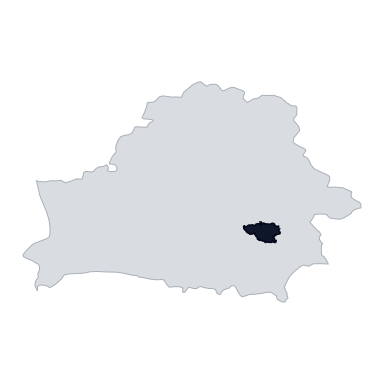 Zhlobin, Gomel, Belarus shown in context
{"feature_id": "67162791B87321103764300", "entity_name": "Zhlobin", "entity_type": "district", "adm_level": 2, "iso_a3": "BLR", "parent_name": "Belarus", "parent_adm1": "Gomel", "projection": "natural_earth1", "projection_center": [29.946, 52.8], "detail": "fine", "context": "in_parent", "style": "filled", "palette": "ink", "viewbox_px": 384, "rotation_deg": 0, "n_neighbors": 0, "source": "geoboundaries", "source_scale": "gbopen_adm2", "svg_char_len": 8220}
<svg xmlns="http://www.w3.org/2000/svg" viewBox="0 0 384 384"><path d="M328.1,264.0L321.3,263.7L313.3,263.8L308.7,266.3L303.8,265.1L300.3,266.5L292.3,273.4L289.2,277.1L286.2,282.8L284.4,287.0L285.4,290.0L286.9,292.7L287.2,295.7L288.0,298.0L286.0,299.7L284.9,302.2L281.5,301.7L277.3,299.4L276.4,296.0L273.2,293.7L271.1,292.4L267.7,292.2L262.2,293.3L254.9,294.2L249.5,294.4L246.5,295.6L242.1,296.8L240.4,295.4L237.9,291.6L236.0,287.7L234.6,286.1L233.4,285.6L231.9,285.7L230.2,286.9L228.9,288.1L224.4,289.6L222.3,291.0L220.1,294.5L218.6,294.2L217.1,293.4L215.4,289.5L213.0,288.6L209.2,288.5L204.5,287.7L200.6,286.5L199.2,286.8L196.9,288.5L194.4,288.7L189.0,287.2L188.0,287.9L184.8,292.2L183.3,292.4L182.5,291.9L183.0,288.1L179.9,286.8L174.5,286.6L170.8,287.1L169.0,287.0L168.1,286.2L163.6,279.9L161.2,279.5L156.8,279.8L150.5,279.1L143.1,277.6L139.1,277.1L137.0,275.7L132.5,275.2L120.4,272.6L115.4,272.1L108.1,272.0L97.0,271.5L89.8,271.8L86.5,272.7L82.7,273.2L69.4,273.9L64.7,274.7L63.3,276.0L61.6,278.9L56.0,283.9L50.6,287.3L49.7,287.5L46.6,285.8L44.0,285.2L41.0,285.0L38.9,285.5L37.5,286.4L37.5,290.3L37.2,290.6L35.0,286.0L35.3,281.8L36.7,279.4L38.4,277.3L37.8,274.1L39.5,269.8L39.6,266.8L39.0,265.4L37.8,263.9L34.4,262.2L32.9,260.9L28.3,259.1L23.8,256.9L23.0,255.6L23.3,254.6L24.1,253.2L27.8,249.1L31.8,245.1L34.2,243.5L47.3,238.4L49.4,236.6L50.0,233.6L50.0,227.5L49.3,221.9L48.5,218.1L46.2,210.9L40.0,196.0L36.5,180.7L39.1,181.6L45.2,181.9L50.1,180.9L52.6,180.7L54.9,181.0L61.3,180.2L62.9,181.6L65.7,182.8L71.4,181.0L76.4,178.9L81.6,179.1L82.4,178.0L83.8,172.6L85.4,171.4L91.5,172.0L93.9,171.0L96.3,168.3L100.0,166.6L103.1,166.6L106.3,164.8L107.8,166.0L108.5,168.3L107.4,170.1L107.9,170.8L110.0,171.6L113.8,171.6L116.2,170.9L116.8,169.9L116.9,168.0L116.3,166.3L114.7,164.8L111.8,164.0L109.7,164.0L109.3,163.0L110.1,161.0L112.0,157.2L114.4,153.8L115.8,152.6L116.1,151.4L115.8,149.3L115.9,145.7L118.0,140.5L120.8,136.6L124.5,135.4L129.0,134.7L131.9,132.9L133.4,130.7L134.7,127.4L136.1,126.8L146.9,127.2L148.6,123.9L149.5,122.9L151.6,122.0L153.1,120.8L152.6,119.9L149.8,119.3L143.4,118.8L142.1,117.7L142.5,116.4L144.3,112.9L146.0,108.6L146.9,105.2L147.1,103.1L148.0,102.6L153.3,102.0L155.0,101.3L159.6,96.7L163.1,95.9L172.0,97.1L176.1,97.0L181.3,97.3L181.7,96.8L183.6,92.3L192.5,84.9L197.2,82.4L200.2,81.8L201.2,82.0L205.9,85.8L207.0,86.0L210.2,84.4L215.6,84.2L218.1,85.6L221.7,90.3L223.6,90.9L228.9,88.2L231.8,87.4L233.7,87.4L243.7,91.1L244.4,92.2L244.5,93.6L242.9,97.9L245.0,100.6L247.4,102.4L252.5,99.4L254.4,98.6L256.5,98.6L259.2,97.5L261.2,95.8L263.2,95.2L266.8,95.6L273.5,95.2L281.2,97.8L281.9,98.6L285.7,101.7L287.1,103.2L288.4,103.7L290.4,105.2L293.2,106.1L295.1,105.8L296.0,106.3L296.9,107.5L296.9,109.5L296.7,115.2L293.9,118.2L293.6,119.3L293.7,120.5L295.9,123.0L298.8,126.8L299.5,129.1L299.5,130.7L295.6,135.7L294.3,136.8L293.5,139.2L293.0,141.7L293.3,142.7L299.8,146.6L304.6,148.8L305.7,149.8L305.8,150.5L303.2,154.7L303.0,155.8L306.9,157.6L309.0,160.3L310.9,164.8L314.6,169.1L328.3,175.4L329.5,176.6L329.9,177.9L329.5,180.9L327.1,186.5L329.4,187.3L335.4,187.1L342.8,187.8L351.6,191.8L351.7,193.6L350.8,195.2L351.4,196.9L352.4,198.4L360.0,202.9L360.8,204.2L361.0,206.3L360.8,207.9L358.7,208.3L356.3,209.0L352.5,210.9L351.0,213.6L344.9,217.3L341.1,219.0L338.0,219.1L330.7,218.3L328.2,216.5L327.1,214.8L324.3,214.1L320.6,214.0L315.4,214.3L314.4,214.8L313.6,216.9L311.4,220.4L309.9,222.4L316.4,229.4L319.7,232.3L320.8,234.1L320.8,235.3L319.2,236.8L319.5,239.8L322.7,243.8L321.6,244.4L321.3,249.2L321.4,254.4L322.3,255.6L324.0,256.7L325.5,258.6L327.9,262.9L328.1,264.0Z" fill="#d9dde1" stroke="#a8b0b8" stroke-width="1"/><path d="M264.8,242.0L264.8,241.9L265.1,241.9L265.4,241.9L265.6,241.7L265.8,241.7L265.9,241.8L266.0,242.0L266.4,242.1L266.5,242.1L266.8,242.2L266.9,242.3L267.0,242.3L267.2,242.2L267.3,242.1L267.5,242.0L267.9,242.0L268.1,242.1L268.4,242.3L268.7,242.4L268.9,242.4L269.2,242.4L269.4,242.3L269.6,242.2L269.9,242.2L270.1,242.2L270.4,242.3L270.6,242.4L270.8,242.5L271.1,242.5L271.3,242.4L271.6,242.3L271.9,242.2L271.9,241.9L272.0,241.6L272.0,241.4L272.1,241.2L272.3,241.0L272.5,241.0L272.8,241.4L273.0,241.6L273.2,241.9L273.5,242.1L274.1,242.4L274.3,242.4L274.6,242.5L275.0,242.5L275.0,242.3L275.1,242.0L275.4,242.0L275.8,242.1L276.0,241.9L275.9,241.7L275.8,241.2L276.0,240.9L276.2,240.7L276.1,240.4L275.8,240.3L275.4,240.2L275.0,240.2L274.6,240.0L274.5,239.9L274.2,239.6L274.1,239.4L274.2,239.1L274.4,239.0L274.5,238.8L274.5,238.7L274.2,238.6L274.1,238.4L274.2,238.1L273.7,238.0L273.4,237.8L273.3,237.7L273.2,237.6L273.3,237.4L273.4,237.2L273.2,237.2L272.8,237.1L272.4,237.1L272.5,236.9L272.4,236.7L272.5,236.5L273.0,236.5L273.3,236.5L273.8,236.5L274.1,236.4L274.3,236.3L274.5,236.2L274.7,235.8L274.8,235.5L274.8,235.2L275.0,235.0L275.4,235.1L275.6,235.3L275.9,235.4L276.0,235.2L276.1,234.7L276.3,234.5L276.6,234.4L277.1,234.4L277.6,234.2L278.2,234.1L278.8,234.1L279.5,233.9L280.0,233.6L279.9,233.3L279.6,233.1L279.6,232.9L279.8,232.7L280.1,232.6L280.1,232.3L279.9,232.1L279.7,231.8L279.7,231.6L279.4,231.4L279.0,231.4L278.6,231.3L278.5,231.2L278.4,230.9L278.5,230.5L278.6,230.3L278.8,230.1L279.0,230.0L279.2,229.8L279.3,229.6L279.5,229.3L279.4,229.3L279.3,229.2L279.0,228.8L278.9,228.4L278.7,228.1L278.6,227.6L278.6,227.2L278.7,226.8L278.7,226.4L278.6,226.1L278.4,226.0L278.0,226.2L277.7,226.4L277.5,226.5L277.0,226.4L276.5,226.2L276.1,226.0L275.7,225.9L275.4,225.9L275.0,226.0L274.5,226.0L274.1,225.9L273.8,225.7L273.9,225.4L274.2,225.3L274.4,225.3L274.7,225.2L274.8,224.8L274.7,224.4L274.4,224.0L274.1,223.7L273.9,223.5L273.4,223.4L272.8,223.3L272.1,223.3L271.7,223.4L271.4,223.6L271.2,223.8L270.5,224.0L270.1,224.0L269.6,224.1L269.0,224.2L268.6,224.2L268.1,224.1L267.6,224.0L267.3,223.9L266.6,223.9L266.0,223.8L265.6,223.8L265.0,223.8L264.6,223.7L264.2,223.4L264.1,223.2L263.9,223.0L263.4,223.1L263.2,223.2L263.0,223.3L262.8,223.4L262.6,223.5L262.2,223.5L262.2,223.2L261.7,222.9L261.5,222.7L261.4,222.5L261.4,222.2L261.2,222.0L260.9,222.0L260.7,222.1L260.4,222.1L260.1,222.0L260.2,222.5L260.1,222.8L260.1,223.0L260.4,223.5L260.7,223.5L261.1,223.6L261.3,223.8L261.4,224.0L261.4,224.3L261.3,224.6L261.2,224.7L260.6,224.7L260.2,224.5L260.0,224.3L259.8,224.2L259.4,224.0L258.8,223.7L258.5,223.6L258.3,223.6L258.1,223.6L257.9,223.8L257.4,223.9L257.1,223.9L256.6,223.9L256.1,224.0L256.0,224.5L255.7,224.7L255.6,224.8L255.5,225.3L255.5,225.6L255.0,225.6L254.5,225.6L254.1,225.8L253.8,225.5L254.1,225.2L253.7,225.1L253.4,225.1L252.8,225.0L252.4,224.9L252.1,224.8L251.7,224.8L251.5,225.0L251.2,225.2L250.6,225.2L250.2,225.0L249.9,225.0L249.1,225.0L248.6,225.2L248.0,225.5L247.4,225.9L247.0,226.3L246.5,226.6L246.0,226.8L245.4,226.9L244.9,226.5L244.7,226.2L244.6,225.8L244.4,225.7L244.2,225.8L244.2,226.0L244.0,226.3L243.9,226.4L243.6,226.4L243.6,226.7L243.7,227.1L243.8,227.2L244.0,227.3L244.3,227.5L244.0,227.8L243.7,228.0L243.7,228.3L243.9,228.6L244.1,228.9L244.2,229.0L244.3,229.3L244.6,229.5L244.8,229.7L244.9,229.8L245.0,230.0L245.4,230.5L245.6,230.6L245.9,230.9L246.1,231.1L246.4,231.2L246.5,231.5L246.5,231.9L246.7,232.1L246.9,232.3L247.1,232.4L247.3,232.4L247.6,232.2L247.8,232.3L248.0,232.4L248.0,232.5L247.9,232.6L247.9,232.9L247.9,233.0L248.1,233.1L248.5,233.2L248.6,233.3L248.9,233.5L249.2,233.6L249.4,233.6L249.5,233.7L249.6,233.8L249.7,234.0L249.8,234.2L250.2,234.3L250.4,234.2L250.5,234.0L250.8,233.9L251.0,233.9L251.3,234.0L251.7,234.1L252.0,234.1L252.3,234.0L252.6,233.9L252.8,233.9L253.0,233.8L253.1,233.7L253.4,233.4L253.6,233.4L253.7,233.1L253.8,232.9L254.0,232.9L254.4,232.9L254.7,232.9L254.8,233.0L254.8,233.3L254.8,233.7L254.6,233.9L254.6,234.2L254.7,234.4L255.0,234.7L255.2,234.9L255.5,235.0L255.7,235.3L255.7,235.6L255.7,235.9L255.8,236.1L256.1,236.3L256.3,236.5L256.6,236.9L256.8,237.1L257.0,237.4L257.1,237.6L257.3,238.0L257.4,238.5L257.4,239.0L257.5,239.2L257.7,239.3L258.2,239.4L258.5,239.4L258.8,239.4L259.0,239.5L258.8,239.9L258.8,240.1L259.1,240.2L259.4,240.3L259.5,240.2L259.8,240.2L260.1,240.1L260.3,240.3L260.6,240.4L261.0,240.5L261.3,240.5L261.5,240.6L261.8,240.6L262.0,240.6L262.3,240.5L262.6,240.7L262.7,241.0L263.0,241.1L263.3,241.1L263.7,241.1L264.1,241.2L264.4,241.4L264.5,241.6L264.6,241.8L264.8,242.0Z" fill="#0f172a" stroke="#020617" stroke-width="1.5"/></svg>